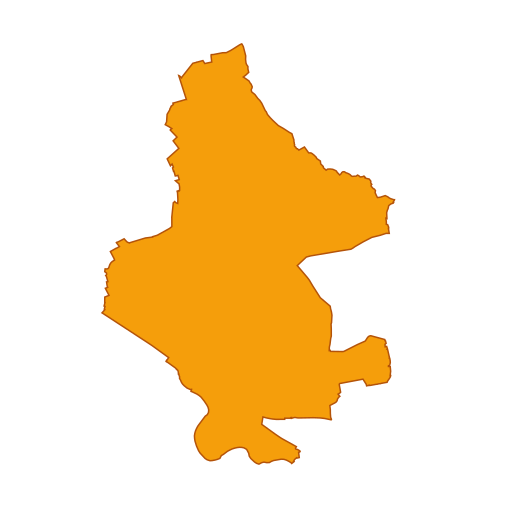 Echt-Susteren, Limburg, Netherlands, rotated 277°
{"feature_id": "6326949B70373820713642", "entity_name": "Echt-Susteren", "entity_type": "district", "adm_level": 2, "iso_a3": "NLD", "parent_name": "Netherlands", "parent_adm1": "Limburg", "projection": "albers", "projection_center": [5.901, 51.082], "detail": "fine", "context": "isolated", "style": "filled", "palette": "amber", "viewbox_px": 512, "rotation_deg": 277, "n_neighbors": 0, "source": "geoboundaries", "source_scale": "gbopen_adm2", "svg_char_len": 6051}
<svg xmlns="http://www.w3.org/2000/svg" viewBox="0 0 512 512"><g transform="rotate(277 256 256)"><path d="M113.7,208.0L113.4,209.3L111.8,214.1L110.7,216.4L109.3,218.6L105.8,222.2L102.1,225.4L99.9,226.9L97.5,227.8L94.9,227.9L92.6,227.0L90.8,225.1L82.1,220.1L79.9,218.9L77.5,218.0L75.2,217.3L72.6,216.9L70.0,216.8L67.4,217.3L64.9,218.0L60.2,220.1L55.8,222.7L53.5,224.6L48.8,230.2L47.8,232.3L47.2,235.3L47.6,237.4L48.5,240.2L49.5,242.6L50.7,244.8L53.7,245.9L55.1,247.8L58.7,251.5L60.1,253.5L61.5,255.7L62.6,258.0L63.5,260.4L64.1,262.8L64.3,265.2L64.1,267.5L62.9,270.3L59.3,272.8L56.5,273.7L54.3,275.6L51.4,279.6L50.3,281.8L49.8,284.3L51.6,286.9L52.4,289.0L52.2,291.8L52.6,294.4L54.1,296.4L55.2,298.5L57.4,305.8L57.6,308.5L57.1,311.1L56.2,313.6L55.1,316.0L54.4,316.7L56.6,318.9L56.8,318.7L56.7,318.3L58.7,319.1L60.7,320.9L60.4,321.3L61.2,323.5L66.4,322.2L66.8,323.3L67.6,323.6L68.3,322.5L69.0,320.8L69.2,319.1L69.4,318.8L70.2,318.6L71.7,319.3L77.9,304.0L79.0,301.7L81.8,296.3L89.6,282.2L97.1,282.5L96.6,285.9L96.3,289.7L96.2,292.2L96.3,295.9L97.4,304.4L98.5,304.3L99.3,310.5L99.9,310.4L100.0,310.9L99.6,310.9L99.6,311.2L99.3,311.2L100.3,313.5L100.5,314.5L100.4,317.0L100.5,318.4L102.5,332.6L102.9,337.1L103.1,339.9L103.1,344.1L102.6,350.1L102.8,350.1L102.7,351.3L102.9,350.9L104.7,349.9L105.2,349.7L108.8,349.0L112.5,348.5L116.6,347.5L119.9,352.3L120.9,353.4L122.2,354.1L124.3,354.4L126.5,355.8L127.0,356.3L127.7,355.4L128.1,355.2L128.9,354.3L130.6,356.3L131.1,356.6L138.5,354.3L139.1,354.3L139.6,354.6L139.7,354.9L142.1,362.4L146.8,377.2L142.0,381.1L140.6,381.6L140.9,382.5L141.5,383.7L141.2,383.7L141.5,385.2L143.2,390.6L143.5,391.9L144.2,393.7L144.4,394.9L144.9,396.0L146.6,401.5L148.2,402.0L150.4,403.2L152.5,404.1L153.7,404.2L153.6,403.7L158.0,403.7L162.6,402.7L162.5,400.9L162.9,400.8L163.3,400.9L163.6,401.9L163.9,402.0L166.5,402.3L168.6,401.9L170.8,401.2L170.9,400.7L171.5,400.8L178.2,398.4L179.5,397.9L179.3,397.6L179.4,397.4L179.8,397.8L182.2,396.7L181.6,395.3L182.5,395.1L184.2,394.8L185.1,395.8L187.5,394.9L187.5,394.5L187.7,394.3L187.9,394.4L188.8,394.0L190.8,380.1L190.8,379.4L190.6,378.8L190.2,378.0L189.6,377.3L188.4,376.5L185.3,375.0L184.7,374.5L180.5,367.5L172.0,354.8L171.7,353.7L170.4,341.5L171.4,341.1L171.1,340.2L174.5,339.9L177.4,340.2L183.2,340.2L185.7,340.5L192.9,339.6L197.6,338.8L199.0,339.1L206.5,338.6L209.7,337.7L212.9,336.4L214.8,335.9L215.3,335.7L222.4,324.9L233.4,315.8L238.5,311.9L240.9,309.6L251.5,298.1L261.1,306.1L262.8,310.3L271.0,337.8L274.3,349.4L275.8,351.4L277.3,353.0L283.2,360.8L288.6,368.7L291.7,376.8L294.3,382.3L294.7,385.5L299.4,384.1L299.4,384.3L300.7,384.2L303.2,382.8L303.3,381.5L305.9,381.2L309.3,380.3L309.1,381.4L314.9,380.4L317.5,380.8L319.1,381.3L322.2,381.6L324.0,383.4L325.2,385.8L326.0,386.1L326.2,385.6L328.5,386.6L328.8,386.6L328.7,385.9L329.3,382.8L329.8,381.3L330.8,379.6L331.7,376.9L329.5,372.2L328.8,369.4L330.9,368.0L333.4,366.5L335.5,366.6L336.9,365.3L337.1,364.3L339.2,361.9L340.4,361.6L341.2,362.2L342.6,360.9L343.9,360.9L344.5,360.7L346.2,358.9L346.5,355.8L346.9,354.5L347.4,354.8L348.5,353.4L347.8,352.3L347.2,350.2L347.4,349.3L348.2,348.3L348.7,346.9L347.5,345.7L347.3,345.0L347.3,344.4L346.8,342.1L346.8,341.6L347.2,340.7L348.2,339.5L348.8,338.2L349.3,336.7L349.6,335.0L350.3,333.8L350.4,333.0L350.1,331.8L349.2,330.9L348.1,330.5L346.6,329.2L349.0,326.3L350.1,325.5L350.5,324.6L351.2,322.4L351.4,321.6L351.4,319.1L351.2,317.7L350.9,316.3L349.9,315.5L349.8,315.0L350.3,314.4L351.5,312.5L352.8,311.7L353.1,311.8L355.3,309.0L358.1,308.3L360.1,304.5L360.4,304.2L361.2,303.9L363.1,301.5L364.5,299.2L365.0,298.0L364.8,295.7L370.1,290.8L366.4,285.7L366.6,285.6L367.0,284.6L367.5,284.2L367.5,283.3L367.6,283.0L368.1,282.6L368.7,282.4L369.5,281.0L370.2,280.7L371.1,280.8L372.4,280.2L373.3,280.1L374.5,279.6L375.8,279.5L381.8,276.7L382.7,274.2L385.9,267.7L388.2,262.2L392.6,256.2L395.1,253.1L397.9,250.1L400.4,248.6L401.4,247.5L408.3,243.1L410.9,240.8L412.6,238.6L416.1,235.3L416.9,234.1L418.2,231.9L419.3,231.3L420.6,231.0L422.4,231.6L423.6,231.6L426.0,230.2L427.1,229.0L428.9,227.7L432.1,221.6L434.3,223.8L437.4,226.4L440.6,225.2L443.1,224.9L444.9,223.3L446.5,222.5L449.8,221.7L453.4,221.4L462.3,217.9L464.7,216.2L464.8,216.0L464.7,215.7L463.5,213.9L456.9,205.8L454.3,201.9L454.1,201.1L453.7,198.2L450.8,189.2L450.4,187.0L449.2,187.0L443.1,188.4L440.8,181.7L443.5,179.5L441.3,174.0L441.2,173.5L441.0,173.4L439.6,169.8L424.3,160.5L423.8,160.4L425.2,158.5L425.6,157.7L425.7,157.3L402.9,167.8L402.9,167.5L397.6,154.9L396.3,155.5L394.4,153.6L394.3,153.8L392.0,152.7L390.4,152.5L385.8,150.5L378.2,150.9L375.3,149.9L373.7,153.9L372.2,156.9L370.9,155.6L370.6,155.5L364.4,163.1L360.2,159.7L353.4,166.3L341.6,156.0L335.1,160.1L337.0,161.5L334.2,163.2L333.3,162.4L330.0,163.8L330.2,164.2L325.6,166.1L325.8,167.0L326.5,168.7L322.5,170.5L320.9,166.8L318.4,170.5L318.3,170.8L315.1,171.8L311.8,172.2L311.5,172.1L310.9,171.5L311.4,171.1L310.7,169.8L309.2,170.4L302.5,171.6L298.6,171.9L299.0,170.4L299.5,169.4L300.2,168.7L298.7,167.4L283.9,167.7L283.6,167.8L274.9,168.9L272.8,166.8L264.8,155.8L264.2,154.7L262.6,151.0L262.2,151.1L260.4,144.0L253.8,129.1L253.5,128.9L254.0,126.7L254.7,125.7L257.0,123.0L253.4,117.7L252.4,115.9L252.7,115.3L248.7,119.3L246.4,116.1L246.5,116.0L242.7,110.9L236.2,115.4L234.7,116.1L233.0,114.0L231.8,113.0L231.2,112.6L229.5,111.9L226.6,111.3L225.7,110.9L225.3,110.3L225.0,109.6L224.8,107.8L222.0,107.8L221.4,108.9L221.0,109.6L219.7,110.0L219.0,109.8L218.3,109.2L217.5,110.0L212.5,112.1L212.1,110.8L207.9,112.0L206.8,112.6L205.6,110.4L199.0,114.9L196.8,110.9L191.6,111.5L191.5,111.8L187.8,111.3L187.6,112.3L184.7,111.9L184.3,112.5L180.8,110.1L156.7,159.2L154.4,163.8L144.5,181.7L141.7,180.3L141.8,180.1L140.5,179.5L140.1,180.0L139.6,181.4L135.2,189.4L134.2,190.8L134.0,190.7L133.4,191.5L133.5,191.6L133.0,192.3L131.7,192.9L129.4,193.4L129.5,193.7L127.9,194.3L126.8,194.9L125.4,195.0L125.0,195.1L123.8,196.1L122.0,197.1L120.9,197.9L119.9,198.8L118.5,200.5L116.5,203.7L115.3,207.7L115.8,208.0L115.8,208.3L113.7,208.0Z" fill="#f59e0b" stroke="#b45309" stroke-width="1.5"/></g></svg>